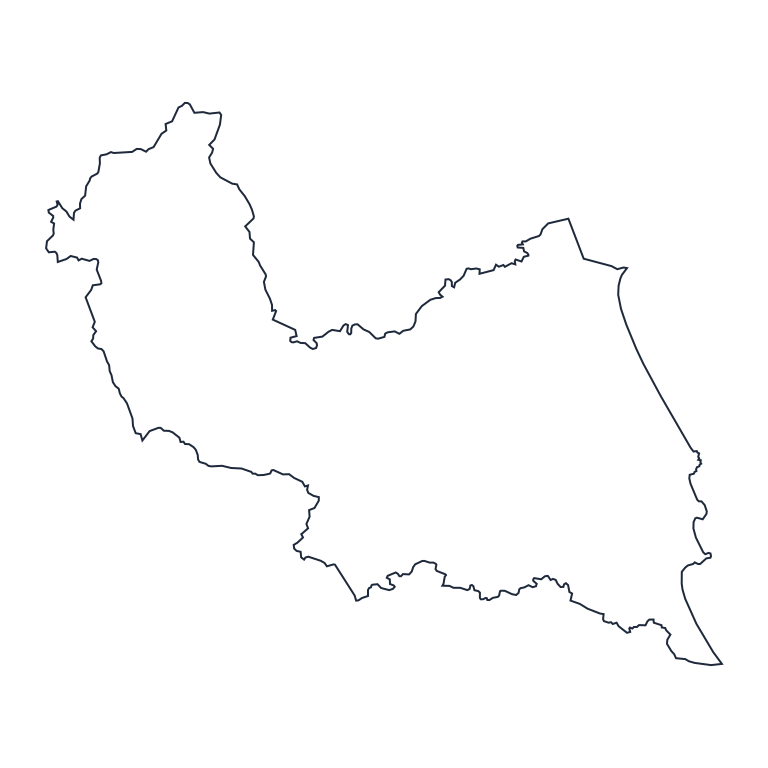 the district of Phu Cat, Bình Định, Vietnam
{"feature_id": "81297802B92234400822922", "entity_name": "Phu Cat", "entity_type": "district", "adm_level": 2, "iso_a3": "VNM", "parent_name": "Vietnam", "parent_adm1": "Bình Định", "projection": "orthographic", "projection_center": [109.072, 14.062], "detail": "fine", "context": "isolated", "style": "outline", "palette": "slate", "viewbox_px": 768, "rotation_deg": 0, "n_neighbors": 0, "source": "geoboundaries", "source_scale": "gbopen_adm2", "svg_char_len": 6067}
<svg xmlns="http://www.w3.org/2000/svg" viewBox="0 0 768 768"><path d="M570.5,600.6L579.8,603.9L587.6,608.7L599.9,613.5L603.6,614.1L603.1,619.2L603.9,621.1L608.6,622.7L611.0,622.2L612.8,624.0L616.6,622.7L618.6,626.2L627.0,632.8L630.2,631.9L629.3,628.5L629.9,627.6L632.4,628.5L634.0,626.9L636.9,627.0L639.0,625.1L645.5,625.3L647.4,621.4L649.3,619.6L653.5,619.5L653.8,622.7L661.5,625.2L661.8,627.5L665.2,628.0L666.2,630.3L670.4,634.6L667.3,639.8L667.0,643.9L671.3,651.0L674.2,654.2L676.0,658.2L685.3,659.1L689.0,661.3L694.6,662.9L711.1,665.1L721.9,663.9L713.2,652.1L696.4,623.8L685.2,598.8L682.5,589.5L681.7,583.6L681.8,571.8L685.4,567.4L688.0,565.4L693.1,564.0L694.7,562.4L698.1,564.0L700.1,564.0L706.3,558.4L710.4,557.7L711.0,556.3L710.5,553.5L708.6,552.9L705.3,554.2L703.2,552.3L695.9,537.6L693.4,528.4L693.6,522.1L695.3,518.3L697.0,517.7L702.7,519.3L706.4,514.0L706.8,511.4L704.7,505.1L701.5,501.4L698.8,501.3L697.2,499.7L690.5,483.7L689.3,478.4L689.7,474.8L693.9,473.7L694.6,471.9L696.4,471.1L696.1,469.2L697.0,467.2L699.3,466.3L699.7,464.6L701.2,463.7L700.4,462.3L700.8,460.3L698.3,459.8L699.2,458.4L698.2,456.8L699.1,453.4L697.4,452.5L696.8,451.1L693.5,451.5L690.6,447.7L660.7,396.0L643.4,363.9L636.3,348.9L626.3,324.6L621.0,308.9L618.2,294.8L618.6,285.7L620.4,278.4L621.9,274.9L627.0,268.1L623.6,267.5L617.3,269.2L611.5,266.1L583.7,258.7L568.4,218.7L548.2,223.4L542.4,229.2L540.5,234.5L539.0,236.0L530.4,238.7L525.8,241.4L522.5,241.4L521.9,242.6L522.8,244.4L517.9,244.9L517.3,245.9L517.7,247.5L523.3,247.9L524.1,251.4L527.3,253.0L528.5,254.9L528.3,255.7L523.8,256.8L521.5,261.5L515.6,259.5L514.8,261.2L515.3,264.4L511.6,263.2L504.9,266.8L503.4,265.0L498.9,266.7L496.0,264.7L493.6,270.1L479.5,273.8L479.7,269.3L476.3,268.5L470.9,269.2L468.5,268.4L466.6,268.8L463.6,275.8L460.0,279.5L455.2,282.8L454.1,287.3L451.9,286.1L451.8,282.0L450.7,280.3L448.8,279.2L445.5,279.5L445.0,285.7L438.7,292.2L440.1,294.7L442.5,296.7L440.3,297.9L435.6,298.1L430.3,299.8L421.8,306.1L415.9,314.0L415.5,321.4L413.4,326.5L410.3,329.4L403.2,330.8L399.4,333.8L394.7,331.4L387.7,332.3L385.2,333.6L384.4,336.9L378.1,338.7L375.7,338.3L369.3,332.0L363.5,329.4L357.6,324.3L355.0,324.4L352.4,325.6L351.3,328.5L351.2,333.1L350.2,334.3L348.9,334.2L347.2,331.8L348.0,325.1L345.6,324.1L343.4,325.6L340.0,331.2L332.2,329.9L328.6,331.7L322.4,336.6L314.1,337.9L313.5,340.0L316.7,343.2L317.0,345.4L316.1,348.0L312.9,349.0L310.1,347.6L305.3,343.2L300.5,342.9L297.1,341.3L293.2,342.4L291.5,342.1L290.2,340.9L290.5,337.7L296.6,336.1L295.2,329.9L272.8,319.6L276.1,311.1L275.2,310.1L272.1,310.8L272.0,304.9L269.9,298.6L265.4,289.7L263.9,281.9L266.0,276.5L265.7,274.5L260.0,265.3L258.7,261.9L253.0,254.9L253.9,242.3L250.0,238.6L249.5,232.0L245.2,226.4L253.5,218.5L253.9,216.4L252.0,209.8L249.6,204.3L244.8,196.2L239.3,189.3L237.1,184.4L232.3,183.7L220.3,177.3L216.2,172.8L210.4,163.5L209.1,157.5L212.1,152.6L213.1,148.8L209.2,144.9L214.5,139.5L219.9,124.7L221.2,115.0L219.5,112.5L209.4,113.6L203.1,112.1L194.4,112.8L189.9,104.5L187.7,103.0L184.8,102.9L182.0,105.8L178.5,107.5L172.1,121.3L165.6,124.0L166.3,130.5L161.5,133.8L153.6,147.1L148.5,149.2L146.1,151.7L140.8,149.1L136.7,148.9L132.2,151.9L113.8,153.0L110.9,152.1L106.6,154.3L100.9,155.4L99.7,157.7L99.9,163.4L98.3,172.2L97.1,173.7L91.5,176.6L90.1,178.5L89.7,180.5L86.2,186.2L85.1,195.7L81.4,199.1L80.0,203.6L80.1,208.3L75.5,210.6L74.0,212.8L73.5,219.7L69.5,216.6L66.4,211.5L62.3,208.2L57.9,201.2L56.7,201.5L57.6,204.7L56.5,206.6L48.4,210.0L48.8,212.6L53.2,216.0L53.2,217.7L51.1,221.8L54.1,223.5L53.3,229.7L53.7,233.6L53.0,235.4L47.0,241.2L46.1,248.3L48.8,252.3L54.8,251.7L56.3,252.9L57.3,255.1L57.8,262.0L66.5,259.0L70.7,256.0L77.1,257.6L78.6,260.4L81.7,258.7L89.5,260.9L93.7,258.9L96.3,259.1L97.9,260.3L98.3,262.3L96.7,269.6L101.1,280.9L101.4,283.3L100.2,284.3L92.8,285.3L91.2,289.9L85.6,297.3L94.8,321.8L92.6,327.3L96.1,331.2L93.3,335.1L93.1,338.6L91.4,341.3L95.3,346.4L98.0,348.5L101.4,349.0L103.6,351.3L107.0,361.4L109.1,365.1L109.7,371.1L111.5,375.2L112.9,382.2L115.5,386.2L118.7,388.7L119.9,393.4L121.6,396.7L123.5,398.1L127.0,403.4L132.5,418.5L133.0,426.0L135.7,433.2L140.6,434.1L142.4,440.5L149.6,431.1L158.5,427.8L160.7,427.9L163.8,430.7L169.0,430.9L172.7,432.4L179.4,437.7L180.6,442.0L183.5,441.7L185.0,444.0L189.1,444.2L193.5,447.1L195.8,449.8L197.7,454.8L198.1,459.6L199.5,461.9L205.8,463.8L208.5,465.9L211.4,466.4L222.0,465.8L231.2,468.0L241.5,468.5L251.3,471.9L252.6,473.6L255.4,473.7L257.8,475.2L263.6,475.0L269.3,473.8L270.3,473.3L271.6,470.4L273.3,470.0L283.0,474.4L289.1,474.2L294.2,478.0L302.3,481.8L304.9,486.4L308.0,485.5L307.1,489.7L308.3,492.9L313.6,495.9L318.8,497.1L318.8,500.6L314.5,508.0L309.1,510.1L309.6,516.7L306.4,524.0L308.1,528.3L301.3,534.2L303.0,537.5L297.4,542.7L293.7,544.9L294.2,548.6L296.6,550.9L300.6,551.8L301.2,557.4L304.1,559.6L305.5,557.5L308.3,556.7L320.8,560.8L324.6,563.0L326.9,566.3L333.5,564.4L335.0,564.7L354.7,595.6L356.1,600.6L358.4,600.4L362.0,598.0L368.0,596.0L368.0,590.0L369.1,588.0L370.9,587.4L371.6,585.2L372.5,584.7L377.5,584.2L381.1,588.0L389.1,590.1L392.9,588.9L394.7,586.8L393.8,585.5L390.0,584.0L389.8,579.4L386.8,577.8L387.7,575.8L395.7,572.5L397.9,573.8L399.4,576.2L401.0,576.2L403.0,574.1L409.1,574.4L411.7,571.6L413.2,567.1L415.2,564.3L422.2,561.0L424.4,560.9L429.6,562.6L433.5,562.6L435.9,563.9L436.4,564.6L435.5,569.0L436.7,570.9L445.4,574.3L446.0,575.1L444.7,576.8L443.5,583.8L442.4,585.7L449.5,585.9L453.5,587.8L460.2,587.8L467.3,590.1L469.6,589.0L470.4,585.5L471.9,585.0L473.4,586.2L474.4,590.2L478.3,591.1L479.9,592.6L479.9,598.0L480.8,599.3L483.2,599.2L485.7,597.9L486.9,598.3L487.2,599.9L489.3,600.1L493.0,597.8L497.8,596.9L499.1,595.6L500.0,591.3L500.9,590.7L504.8,590.8L512.1,594.2L516.1,595.0L518.5,593.0L519.3,589.3L520.5,588.2L524.6,587.3L528.5,585.2L532.7,587.2L536.0,586.2L536.7,583.8L533.3,580.9L533.2,579.4L534.2,578.1L541.2,579.3L544.7,576.4L546.8,575.9L547.9,576.0L550.6,580.0L553.0,578.9L555.7,579.9L557.6,583.8L560.6,587.0L563.4,586.9L564.0,584.4L565.9,583.2L568.1,585.1L569.4,592.0L572.1,593.5L570.5,600.6Z" fill="none" stroke="#1e293b" stroke-width="2"/></svg>